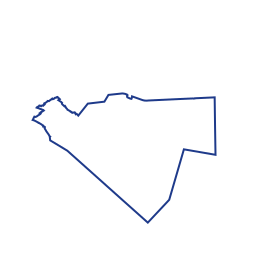 the district of Harlingen, Netherlands, rotated 211°
{"feature_id": "6326949B40723251176643", "entity_name": "Harlingen", "entity_type": "district", "adm_level": 2, "iso_a3": "NLD", "parent_name": "Netherlands", "parent_adm1": "", "projection": "robinson", "projection_center": [5.441, 53.126], "detail": "fine", "context": "isolated", "style": "outline", "palette": "blue", "viewbox_px": 256, "rotation_deg": 211, "n_neighbors": 0, "source": "geoboundaries", "source_scale": "gbopen_adm2", "svg_char_len": 3785}
<svg xmlns="http://www.w3.org/2000/svg" viewBox="0 0 256 256"><g transform="rotate(211 128 128)"><path d="M69.5,198.9L86.0,187.9L86.0,187.7L87.1,186.9L87.5,186.8L90.1,185.1L98.4,179.6L124.5,162.2L126.0,161.1L126.4,160.9L126.8,160.7L127.1,160.5L127.6,160.2L128.0,160.1L128.3,159.9L129.0,159.7L129.4,159.6L129.9,159.4L130.5,159.3L140.8,157.2L140.7,157.0L140.0,154.9L140.1,154.7L141.6,154.3L144.3,154.0L144.7,154.2L144.9,154.3L145.1,155.0L145.3,155.8L145.8,155.7L146.0,155.7L146.2,156.1L147.6,155.9L148.3,155.7L148.8,155.5L149.3,155.3L149.8,155.1L150.3,154.9L150.8,154.6L151.2,154.3L161.8,146.3L161.8,138.4L175.0,128.2L177.0,113.0L178.9,113.6L179.3,113.4L179.7,113.4L179.9,112.9L180.7,113.3L180.5,113.5L180.4,113.6L181.7,114.0L181.9,113.9L182.0,113.7L182.4,113.4L182.7,113.2L182.8,113.1L183.0,112.9L183.1,112.7L183.6,112.3L183.9,112.4L184.0,112.4L184.5,112.4L184.8,112.4L184.7,112.6L184.8,112.6L185.2,112.6L185.3,112.6L185.5,112.6L185.8,112.6L186.0,112.7L186.5,112.6L187.9,112.6L188.0,112.6L189.1,112.5L189.4,112.5L189.7,112.6L189.8,112.5L189.7,112.8L190.2,113.0L190.4,113.0L190.5,113.0L190.9,113.2L191.0,113.2L191.2,113.3L191.3,113.3L191.6,113.4L191.7,113.5L191.8,113.6L192.2,113.8L192.3,113.8L192.7,113.8L193.0,113.9L193.0,114.0L193.0,114.3L193.5,114.5L193.8,114.1L193.9,113.9L195.6,114.3L196.0,114.3L196.6,114.5L196.8,114.6L197.0,114.7L197.2,114.8L197.4,115.3L197.5,115.4L197.5,115.6L198.3,115.8L198.7,115.9L199.1,115.9L200.4,115.9L200.5,115.9L201.2,116.0L202.0,116.0L201.8,116.6L201.7,116.7L201.6,117.0L201.3,117.6L201.6,117.7L202.6,117.9L202.8,117.8L203.5,117.9L203.7,118.1L204.4,118.3L204.7,118.0L204.7,117.9L204.9,117.8L204.9,117.7L204.9,117.4L205.0,117.3L205.0,117.2L205.3,117.0L205.5,116.9L205.7,116.7L205.8,116.6L206.0,116.4L206.2,116.2L206.2,115.8L206.2,115.7L206.3,115.5L206.3,115.4L206.4,115.2L206.7,114.7L206.8,114.6L207.0,114.3L207.2,114.2L207.3,114.0L207.7,114.1L207.8,114.1L208.0,114.3L208.1,114.2L208.1,113.9L208.2,113.7L208.3,113.5L208.4,113.4L208.4,113.2L208.5,113.0L208.6,112.7L208.8,112.4L208.8,112.2L209.0,111.9L209.1,111.7L209.2,111.4L209.6,110.4L209.8,110.4L210.0,110.2L210.4,110.0L210.3,109.9L210.5,109.7L210.7,109.4L210.8,109.4L211.1,108.5L211.1,108.4L211.2,108.2L211.5,107.5L212.0,106.7L212.3,106.2L212.5,106.0L212.5,105.9L212.0,105.7L211.7,105.6L211.8,105.2L212.0,104.9L212.1,104.7L212.2,104.4L211.9,104.4L212.0,104.1L212.2,103.4L212.3,103.4L212.6,103.3L212.9,103.3L213.0,103.3L213.2,103.2L213.7,101.9L214.1,101.9L214.7,101.9L214.8,101.9L214.9,101.7L215.2,101.5L215.3,101.5L215.5,101.5L215.5,101.4L215.6,101.1L215.7,100.8L215.8,100.7L215.9,100.4L215.9,100.2L216.0,100.0L216.0,99.9L216.1,99.7L216.3,99.6L216.5,99.3L216.6,99.1L216.8,98.7L216.8,98.4L213.7,99.1L213.1,99.1L212.1,99.4L211.2,99.5L210.4,99.7L209.7,99.8L209.6,99.7L209.7,99.4L209.3,99.4L209.7,98.6L209.8,98.4L209.9,98.1L210.3,97.5L210.2,97.5L211.2,95.4L210.3,95.4L210.3,95.2L210.4,94.8L210.5,94.7L210.6,94.3L210.7,94.1L210.8,94.0L211.0,93.5L211.1,93.3L211.6,92.4L211.7,92.1L211.9,91.7L212.0,91.3L212.3,90.8L212.4,90.7L212.6,90.3L212.7,90.2L212.8,90.0L212.9,89.9L213.2,89.7L213.5,89.6L214.1,89.5L214.0,87.4L213.9,87.3L213.8,87.1L213.8,86.9L213.8,86.0L213.8,85.8L212.1,86.2L211.8,86.2L210.8,86.3L208.5,86.4L207.4,86.5L207.3,86.4L207.2,86.5L206.8,86.5L204.3,86.5L204.2,86.5L203.8,86.5L203.7,86.5L202.5,86.2L202.4,86.2L202.0,86.2L201.9,86.3L201.8,86.2L201.7,86.2L201.5,85.7L201.4,85.5L201.1,85.6L200.9,85.7L200.7,85.9L200.7,86.0L200.0,86.1L199.9,86.1L199.7,86.0L199.6,85.7L199.2,84.7L196.9,83.5L196.5,83.2L194.8,82.5L194.4,82.3L194.0,82.1L193.4,81.9L192.6,81.5L190.9,80.6L190.5,80.5L190.5,80.4L190.4,80.4L190.5,80.1L188.3,77.3L168.4,77.3L135.3,71.0L115.4,67.2L95.5,63.4L62.3,57.1L55.7,87.7L64.1,119.6L69.1,138.5L39.2,150.1L54.2,174.2L69.5,198.9Z" fill="none" stroke="#1e3a8a" stroke-width="2"/></g></svg>